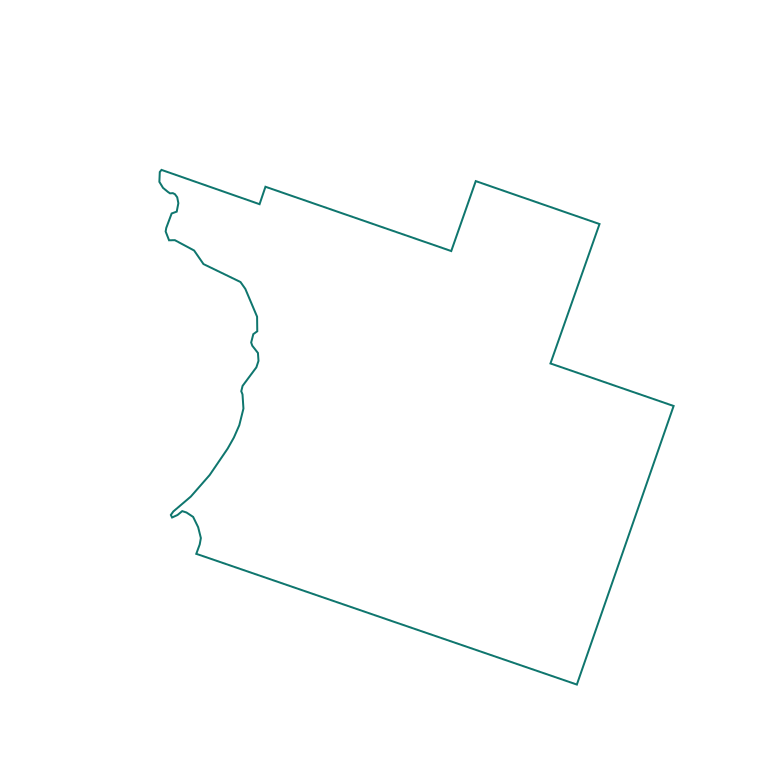 Schoolcraft, Michigan, United States of America, rotated 109°
{"feature_id": "52423323B71997866785230", "entity_name": "Schoolcraft", "entity_type": "district", "adm_level": 2, "iso_a3": "USA", "parent_name": "United States of America", "parent_adm1": "Michigan", "projection": "natural_earth1", "projection_center": [-86.228, 46.131], "detail": "fine", "context": "isolated", "style": "outline", "palette": "teal", "viewbox_px": 768, "rotation_deg": 109, "n_neighbors": 0, "source": "geoboundaries", "source_scale": "gbopen_adm2", "svg_char_len": 862}
<svg xmlns="http://www.w3.org/2000/svg" viewBox="0 0 768 768"><g transform="rotate(109 384 384)"><path d="M162.3,363.3L236.4,363.7L236.1,560.3L254.5,560.2L254.0,664.1L256.6,665.0L266.0,662.2L270.5,656.8L272.7,650.9L273.4,648.4L272.3,645.8L272.6,643.5L274.8,640.3L280.0,637.3L288.5,636.1L291.9,640.3L307.3,640.7L310.9,640.1L318.1,634.0L316.1,628.6L319.6,607.0L329.4,593.7L334.3,552.9L339.2,546.1L361.7,525.9L375.4,521.0L379.4,523.8L388.0,523.1L390.7,521.0L395.7,513.3L403.0,510.2L409.8,510.1L431.8,517.1L437.3,516.6L439.9,514.4L453.0,508.9L470.1,507.4L483.5,508.5L496.0,510.8L526.8,519.2L553.3,530.0L573.1,541.7L577.2,542.9L579.2,540.9L575.1,536.6L569.9,533.4L569.8,528.9L571.8,521.2L579.9,513.1L589.3,507.0L595.7,506.0L605.7,506.2L605.6,298.8L605.4,103.8L310.5,103.0L310.4,233.3L162.6,232.3L162.3,363.3Z" fill="none" stroke="#0f766e" stroke-width="2"/></g></svg>